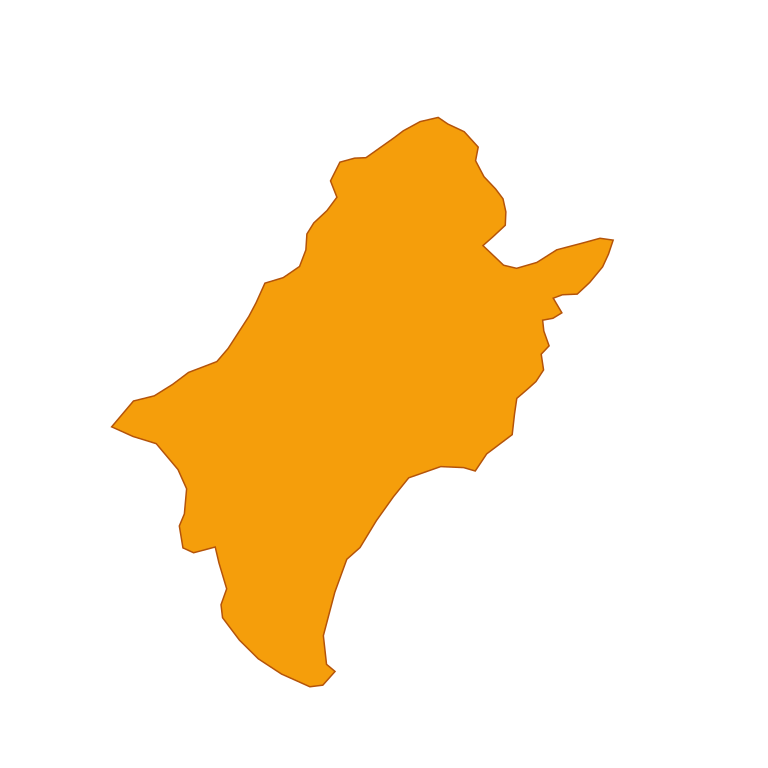 Kalyvakia, Cyprus (orthographic projection), rotated 233°
{"feature_id": "46923920B14026353956813", "entity_name": "Kalyvakia", "entity_type": "district", "adm_level": 2, "iso_a3": "CYP", "parent_name": "Cyprus", "parent_adm1": "", "projection": "orthographic", "projection_center": [33.542, 35.261], "detail": "fine", "context": "isolated", "style": "filled", "palette": "amber", "viewbox_px": 768, "rotation_deg": 233, "n_neighbors": 0, "source": "geoboundaries", "source_scale": "gbopen_adm2", "svg_char_len": 1299}
<svg xmlns="http://www.w3.org/2000/svg" viewBox="0 0 768 768"><g transform="rotate(233 384 384)"><path d="M259.6,404.5L266.4,424.0L266.4,440.9L266.4,455.9L281.4,470.1L292.6,481.4L293.6,496.4L294.5,506.8L299.2,519.9L313.2,527.5L315.1,538.8L330.1,543.5L339.5,549.1L334.8,558.5L333.8,568.9L350.7,570.8L347.9,580.2L339.5,592.4L341.3,609.4L346.0,629.1L352.6,641.4L361.0,653.6L370.4,644.2L377.9,625.4L387.2,602.8L389.1,579.2L396.6,559.5L406.9,551.0L435.0,546.3L436.0,559.5L437.8,576.4L448.1,584.9L460.3,590.5L472.5,590.5L489.4,588.6L507.2,591.5L516.5,601.8L537.2,599.9L553.1,591.5L564.3,587.7L571.8,570.8L574.6,551.9L574.6,539.7L575.6,505.8L582.1,496.4L587.7,482.3L578.4,463.5L561.5,458.8L556.8,442.8L554.9,424.9L550.2,412.7L538.1,402.3L528.7,387.3L529.6,367.5L536.2,349.6L525.9,330.8L519.3,316.7L506.2,280.9L502.5,264.0L510.9,234.8L510.9,215.1L512.8,193.4L521.2,173.7L513.7,140.7L493.1,152.0L473.4,166.2L439.7,168.0L419.1,163.3L400.4,146.4L393.8,135.1L374.1,124.8L363.8,130.4L355.4,151.1L340.4,144.5L315.1,135.1L305.8,121.0L294.5,114.4L266.4,114.4L240.2,118.2L214.0,127.6L186.8,142.6L180.3,153.9L183.9,171.9L194.7,169.4L219.5,184.1L247.3,219.4L266.4,248.8L267.8,266.4L279.5,295.8L288.3,323.7L294.2,347.3L283.9,379.6L269.3,397.3L259.6,404.5Z" fill="#f59e0b" stroke="#b45309" stroke-width="1.5"/></g></svg>